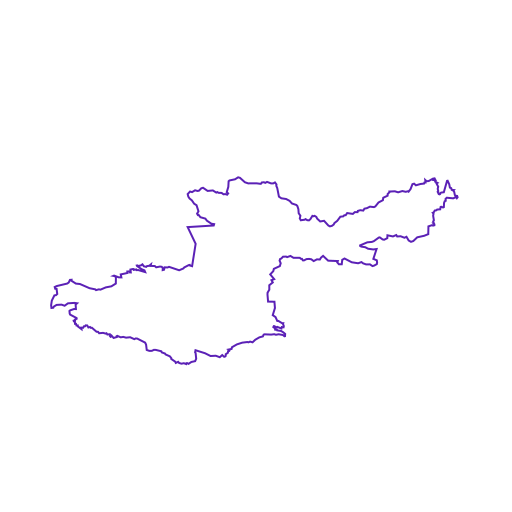 the district of Teziutlán, Puebla, Mexico, rotated 67°
{"feature_id": "50627088B50990328034226", "entity_name": "Teziutlán", "entity_type": "district", "adm_level": 2, "iso_a3": "MEX", "parent_name": "Mexico", "parent_adm1": "Puebla", "projection": "mercator", "projection_center": [-97.359, 19.874], "detail": "fine", "context": "isolated", "style": "outline", "palette": "violet", "viewbox_px": 512, "rotation_deg": 67, "n_neighbors": 0, "source": "geoboundaries", "source_scale": "gbopen_adm2", "svg_char_len": 6074}
<svg xmlns="http://www.w3.org/2000/svg" viewBox="0 0 512 512"><g transform="rotate(67 256 256)"><path d="M205.9,453.4L207.7,453.6L208.3,452.4L213.3,453.8L213.9,455.4L213.5,457.0L217.3,461.4L221.2,463.8L223.9,464.6L224.4,462.8L223.6,462.0L223.1,458.7L224.8,454.0L227.0,451.6L226.1,447.6L228.2,441.5L229.6,439.2L230.2,441.0L234.5,442.5L233.7,444.2L233.4,448.3L233.7,449.2L236.2,450.0L237.3,450.0L243.0,445.4L243.7,445.6L243.8,447.5L244.5,447.7L244.3,449.1L245.0,449.2L245.8,448.4L247.7,449.1L248.1,448.2L249.8,448.4L250.3,447.2L251.2,447.5L255.2,445.2L253.7,444.7L254.5,443.1L253.5,441.9L253.9,440.8L253.3,439.9L254.0,438.5L256.3,438.2L256.5,436.5L257.6,436.1L257.9,435.1L263.4,432.4L264.1,431.0L265.8,430.6L267.0,426.8L268.7,424.7L268.7,423.8L270.2,423.5L270.9,421.1L272.3,421.2L272.6,421.7L273.6,421.4L273.6,420.7L273.0,420.7L272.7,420.1L275.8,419.1L276.2,415.8L275.4,415.6L275.3,414.9L278.0,412.3L278.6,409.8L280.4,407.5L281.6,403.6L285.0,400.5L284.9,398.9L285.6,397.6L292.4,391.9L294.6,391.8L299.8,393.3L301.7,391.2L302.6,388.9L302.5,386.6L303.3,384.9L306.7,380.4L307.9,380.4L310.2,377.9L311.3,377.7L314.7,374.5L316.9,373.9L317.7,374.2L321.8,371.6L323.1,371.6L323.0,369.0L324.4,368.6L326.0,366.7L326.5,364.3L328.2,362.5L327.5,361.9L327.7,361.2L328.9,360.3L328.3,356.9L329.0,353.1L327.2,351.2L321.7,349.5L320.9,349.7L319.1,348.5L325.6,340.9L330.3,336.9L332.1,332.0L335.0,328.9L334.0,325.8L336.2,324.8L336.5,324.1L336.2,323.0L334.6,322.2L334.1,319.7L332.7,318.9L332.9,317.7L332.3,317.1L331.4,317.7L332.0,314.8L330.6,313.8L329.9,308.1L330.4,302.5L331.8,297.6L332.5,296.7L332.5,294.9L334.1,292.9L332.8,289.4L332.2,284.7L332.7,281.1L331.4,279.7L331.4,278.8L334.3,272.7L335.1,269.8L336.3,268.4L336.9,265.7L339.3,262.0L341.0,261.2L341.1,260.6L339.1,259.6L336.8,260.8L334.8,262.2L332.7,265.6L331.8,265.5L331.4,267.1L329.8,266.9L328.2,267.8L327.5,267.0L327.8,266.4L329.6,265.3L329.5,264.2L332.7,260.9L331.5,260.0L332.4,258.5L331.4,257.8L329.1,257.7L328.5,257.2L328.1,258.2L324.5,260.8L324.1,261.8L319.8,261.9L317.0,263.7L311.3,258.9L305.3,256.9L302.7,262.7L296.0,260.5L294.3,259.7L292.2,256.9L288.1,255.2L286.9,250.9L284.3,251.2L284.4,248.3L278.5,250.1L276.7,246.0L274.8,244.6L274.6,238.0L272.3,236.1L269.5,236.1L268.2,235.0L268.2,233.7L267.2,231.4L268.3,228.5L269.2,227.8L269.4,224.3L272.3,222.2L274.8,216.4L276.2,215.7L276.6,214.8L278.3,214.6L278.8,213.6L278.6,210.7L279.4,208.3L280.6,206.4L283.2,204.9L282.9,201.2L284.2,198.6L282.9,196.8L282.1,194.2L288.5,191.4L292.6,182.7L293.6,183.7L296.0,182.9L297.1,180.3L293.2,178.1L292.9,175.5L299.2,170.3L302.6,164.8L302.8,161.3L304.6,160.3L306.8,157.9L308.2,154.4L310.8,152.7L311.0,151.1L310.7,148.0L309.4,147.1L307.2,146.5L304.5,149.1L296.7,142.3L295.8,145.5L293.1,150.0L290.6,152.0L288.5,155.4L287.5,156.2L286.9,156.0L286.9,148.2L288.3,143.9L288.4,141.8L287.0,135.7L287.2,134.8L290.2,133.0L291.1,131.7L290.9,128.2L288.3,126.9L291.5,122.3L291.5,118.7L293.2,118.4L294.3,115.2L297.2,112.2L297.1,110.0L301.4,109.4L303.5,107.8L303.7,105.4L301.8,100.3L303.1,93.3L303.2,88.9L296.1,85.7L296.4,81.9L297.2,81.2L297.4,79.8L296.5,79.4L295.2,79.9L295.3,79.5L293.4,79.4L292.6,78.3L288.1,77.2L286.5,76.1L285.3,76.4L285.3,75.4L284.0,73.7L284.4,72.1L284.0,71.1L285.0,68.2L283.0,66.9L283.0,66.3L284.4,64.9L284.4,64.0L280.7,62.2L279.3,60.9L279.3,59.8L277.5,59.2L276.9,57.6L280.0,51.9L279.9,49.0L281.3,48.6L280.7,47.5L279.3,47.4L278.3,49.0L277.3,49.1L274.5,48.5L273.0,48.9L272.6,48.1L271.6,50.0L269.8,49.8L268.8,50.8L265.5,50.1L261.6,50.2L261.5,50.8L270.7,58.2L270.0,60.7L270.2,62.3L270.9,62.4L271.0,62.9L270.4,63.6L267.9,63.7L267.5,62.9L265.2,62.5L263.4,61.2L259.8,61.5L259.6,60.4L257.7,62.0L257.1,61.9L256.8,61.1L254.3,61.3L254.1,62.2L255.5,62.8L255.1,63.5L254.0,63.6L254.5,67.8L253.7,69.8L252.2,70.5L254.6,71.2L254.2,72.3L255.0,73.0L254.0,76.4L253.4,81.2L251.2,82.2L251.0,83.9L254.8,87.6L256.4,90.4L255.8,90.7L255.4,93.1L253.4,95.9L252.9,100.3L250.7,102.9L248.8,108.0L249.4,108.1L250.4,110.6L251.9,111.3L252.1,116.1L254.2,117.4L254.6,122.3L257.0,126.8L257.1,128.3L255.1,131.8L255.3,135.2L254.8,137.7L256.1,139.5L254.6,142.1L254.3,144.6L255.3,145.4L254.2,147.9L255.1,150.4L252.1,155.3L253.5,157.5L253.0,158.8L253.6,160.2L252.8,163.0L255.4,167.5L256.3,170.9L257.4,172.2L257.9,174.3L257.6,176.4L256.2,177.5L250.2,179.6L249.3,183.4L245.5,185.1L243.6,185.2L241.9,186.4L241.9,187.5L241.1,188.4L243.3,191.5L243.9,193.3L243.1,194.8L241.4,196.0L241.6,197.1L240.6,200.8L238.5,201.0L236.3,199.4L233.3,200.0L229.5,198.7L226.2,198.4L224.8,198.9L221.7,202.4L218.4,203.5L215.3,206.0L212.8,210.1L210.3,211.7L201.8,209.9L199.4,209.9L198.1,209.2L195.7,209.8L195.9,211.7L195.1,213.7L192.1,216.9L192.3,218.9L191.2,219.9L190.6,222.0L191.4,223.0L191.3,223.7L189.3,227.1L186.1,234.8L183.8,237.4L177.8,240.2L176.6,241.7L177.2,245.3L176.1,250.9L176.5,252.0L181.6,254.5L185.8,258.0L187.5,257.2L188.3,258.6L187.0,260.1L186.5,261.8L184.5,263.0L183.2,265.8L182.0,266.7L182.1,267.8L178.8,270.1L177.2,275.1L172.5,278.1L172.3,279.9L173.6,283.0L173.3,284.4L171.7,286.4L172.2,289.9L170.9,291.5L172.3,294.7L174.9,295.1L177.1,294.7L179.7,293.3L183.7,292.5L186.0,290.9L192.4,291.5L194.0,293.7L195.6,293.5L195.7,292.8L198.6,292.0L201.8,288.0L204.3,287.4L208.9,284.4L210.3,282.1L211.4,283.0L202.7,307.6L221.2,306.8L240.4,318.8L238.9,320.6L238.3,320.5L238.1,321.5L238.5,326.6L239.1,327.7L239.1,332.3L232.0,340.3L232.0,341.9L230.7,344.6L232.7,346.0L232.5,347.4L230.6,346.5L229.1,347.0L228.2,348.5L227.4,352.3L225.7,353.1L223.9,357.0L222.7,356.1L223.3,358.1L222.7,360.3L223.1,361.3L221.6,363.3L219.3,363.8L219.7,365.7L219.1,368.4L218.3,368.9L218.2,369.4L218.8,369.4L223.5,366.4L225.6,364.3L227.5,364.3L223.0,369.8L222.3,371.5L221.6,371.5L221.0,373.9L220.2,373.8L219.8,374.8L219.4,376.9L222.2,377.7L221.8,378.5L220.8,378.3L220.0,380.5L221.4,380.9L220.1,387.7L223.1,388.3L222.0,390.7L218.6,394.3L218.6,395.0L219.4,393.8L220.9,393.3L226.6,395.8L227.4,401.0L226.2,406.5L226.2,412.3L225.3,413.7L224.9,416.6L223.9,417.0L220.6,421.8L213.0,429.0L211.0,432.6L206.6,435.6L205.8,435.1L205.3,436.6L207.2,438.7L207.6,440.5L205.8,451.2L205.9,453.4Z" fill="none" stroke="#5b21b6" stroke-width="2"/></g></svg>